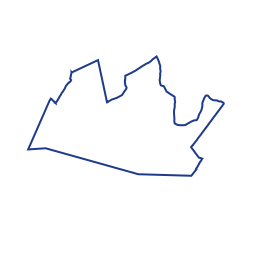 Edam-Volendam, Noord-Holland, Netherlands (Equal Earth projection), rotated 130°
{"feature_id": "6326949B91205406123023", "entity_name": "Edam-Volendam", "entity_type": "district", "adm_level": 2, "iso_a3": "NLD", "parent_name": "Netherlands", "parent_adm1": "Noord-Holland", "projection": "equal_earth", "projection_center": [4.993, 52.549], "detail": "fine", "context": "isolated", "style": "outline", "palette": "blue", "viewbox_px": 256, "rotation_deg": 130, "n_neighbors": 0, "source": "geoboundaries", "source_scale": "gbopen_adm2", "svg_char_len": 5037}
<svg xmlns="http://www.w3.org/2000/svg" viewBox="0 0 256 256"><g transform="rotate(130 128 128)"><path d="M156.8,90.4L123.9,48.8L115.8,49.0L115.8,49.4L115.8,49.5L115.7,49.5L115.0,49.6L114.7,49.7L114.5,49.8L113.8,49.7L113.5,49.7L113.3,49.8L113.1,49.9L113.0,50.0L112.5,50.1L112.0,50.2L111.7,50.2L111.4,50.2L111.0,50.3L110.5,50.4L109.6,50.5L109.4,50.7L109.1,50.7L107.6,51.0L107.4,51.0L107.4,50.9L106.1,51.0L105.4,51.1L104.5,51.3L103.7,51.4L105.1,54.6L104.9,55.3L104.8,55.9L104.7,56.5L104.6,57.0L104.5,57.4L104.2,58.6L103.8,60.6L103.4,61.9L103.3,62.1L103.2,62.2L103.2,62.4L103.3,62.4L102.8,64.6L102.4,66.3L102.1,67.4L100.4,67.4L99.7,67.4L99.5,67.2L99.2,67.2L99.1,67.3L98.9,67.4L97.4,67.4L96.8,67.4L96.6,67.5L95.5,67.5L94.9,67.5L93.6,67.5L92.4,67.6L91.9,67.7L90.2,67.8L87.8,67.9L87.0,67.9L85.7,68.0L84.5,68.1L83.8,68.1L83.0,68.2L82.2,68.2L81.8,68.2L81.0,68.3L80.3,68.3L79.4,68.4L78.4,68.4L78.2,68.4L78.1,68.5L77.9,68.5L77.0,68.5L75.9,68.5L75.6,68.5L75.3,68.6L75.1,68.6L74.8,68.6L74.6,68.6L74.0,68.7L73.5,68.7L72.9,68.8L71.8,68.8L70.9,68.9L70.4,68.9L69.9,68.9L69.3,68.9L68.5,69.0L68.2,69.0L67.4,69.1L67.2,69.1L66.3,69.1L65.8,69.2L65.5,69.2L64.7,69.3L64.4,69.3L64.0,69.3L63.0,69.3L61.6,69.4L60.9,69.4L60.3,69.5L59.8,69.5L59.3,69.6L59.0,69.6L58.6,69.6L57.7,69.6L57.3,69.6L56.9,69.7L56.6,69.7L55.9,69.7L54.7,69.8L54.4,69.8L52.9,69.9L52.6,69.9L51.9,69.9L50.6,70.0L48.7,70.2L47.9,70.2L47.5,70.7L47.4,70.8L47.4,71.4L47.7,73.2L47.8,73.6L47.9,73.8L48.6,74.6L48.8,74.9L48.9,75.1L49.1,75.4L49.6,77.2L49.8,77.6L49.8,77.8L50.3,78.4L51.1,79.5L51.7,80.3L51.9,80.7L52.0,80.9L52.1,81.5L52.2,81.8L52.4,82.9L52.5,83.9L52.3,85.3L52.1,86.0L52.0,86.6L51.9,87.5L52.0,87.8L52.4,88.4L52.5,88.6L52.7,88.8L52.9,89.0L53.0,89.1L53.4,89.2L53.6,89.2L54.4,89.1L56.0,88.8L56.4,88.8L56.9,88.6L57.1,88.5L57.8,88.2L58.0,88.1L60.6,87.3L60.8,87.2L61.3,86.9L61.9,86.5L62.2,86.2L62.3,86.0L62.4,85.8L62.5,85.7L64.4,84.6L64.7,84.4L66.4,83.6L66.8,83.4L67.1,83.3L68.2,82.9L70.1,82.6L70.9,82.5L71.2,82.4L72.0,82.2L73.1,81.8L74.0,81.3L74.3,81.2L75.1,80.9L77.3,80.5L77.5,80.5L77.8,80.5L78.0,80.6L78.4,81.0L79.0,81.6L79.6,82.2L79.9,82.4L80.1,82.5L80.9,82.9L81.6,83.3L82.3,83.6L82.8,83.8L84.1,84.3L85.9,85.0L87.8,85.6L89.0,86.1L89.3,86.3L89.8,86.9L90.3,87.5L91.0,88.2L91.6,88.9L92.2,89.7L92.7,90.4L93.3,91.2L93.6,91.6L93.8,92.0L93.9,92.4L94.0,92.7L94.0,93.0L94.1,93.7L94.2,93.9L94.3,94.2L94.5,95.1L94.4,95.2L94.1,95.6L93.8,95.9L93.6,96.1L93.4,96.6L92.7,97.2L92.1,97.6L91.5,98.0L91.2,98.3L90.9,98.6L90.4,99.1L90.1,99.4L89.3,100.1L89.1,100.3L88.4,101.0L88.1,101.3L87.2,102.2L86.8,102.5L86.2,103.0L85.7,103.5L85.2,103.7L84.2,104.5L83.8,104.7L83.0,105.0L82.7,105.2L81.6,106.0L81.4,106.1L81.1,106.3L80.2,107.2L79.9,107.4L79.4,107.8L79.0,108.0L78.0,108.5L77.8,108.6L77.5,108.8L77.0,109.4L76.8,109.8L76.6,110.1L75.3,111.3L74.4,112.1L74.2,112.4L74.1,112.5L74.3,113.7L75.0,119.0L75.2,121.0L75.3,121.8L75.2,122.2L74.8,122.9L73.2,126.9L73.1,127.2L73.0,127.4L73.0,127.5L73.5,128.5L73.8,129.0L74.1,129.9L74.1,130.1L74.1,130.3L73.7,131.2L73.3,131.9L73.2,132.0L71.2,134.3L70.9,134.5L70.5,134.8L69.3,135.6L69.1,135.7L67.7,136.6L67.2,136.9L65.6,138.4L65.5,138.5L64.1,139.1L63.9,139.3L63.2,139.9L61.9,141.5L61.7,141.7L60.9,142.3L60.5,142.6L60.1,142.8L59.9,143.0L59.5,143.5L58.3,145.6L57.6,146.4L57.2,147.1L56.7,148.2L56.3,148.9L55.9,149.8L55.4,150.7L55.0,151.9L54.9,152.1L58.3,152.9L59.4,153.2L60.4,153.3L61.6,153.4L62.2,153.4L62.7,153.6L63.1,153.7L65.2,154.3L65.5,154.4L65.9,154.7L66.5,155.1L67.4,155.5L67.9,155.6L68.9,155.9L71.5,156.9L74.8,157.8L76.5,158.3L79.4,159.2L80.7,159.7L83.4,160.8L83.5,160.8L85.4,161.7L87.5,162.6L89.7,163.7L91.7,162.0L92.4,161.5L92.7,161.3L93.1,161.0L93.4,160.8L93.5,160.9L93.8,160.6L94.3,160.3L95.0,159.7L95.5,159.3L95.7,159.2L95.9,159.0L96.2,158.3L96.7,157.7L96.9,157.6L97.1,157.3L97.2,157.0L97.6,155.8L97.8,155.3L98.1,155.0L98.3,154.8L98.6,154.7L98.9,154.6L99.2,154.5L103.0,154.2L105.1,153.9L106.1,153.8L106.4,153.8L106.7,153.8L106.9,153.9L107.2,154.0L107.8,154.2L110.0,155.1L110.8,155.4L111.1,155.5L112.3,156.1L113.6,156.8L115.2,157.8L115.9,158.3L116.4,158.6L116.7,158.7L117.1,158.9L119.2,159.6L121.6,160.4L121.1,161.0L121.4,161.1L95.3,194.6L106.0,199.6L107.7,200.4L121.2,206.6L121.7,206.8L121.6,207.2L122.4,206.5L123.0,206.3L123.7,205.9L125.4,205.0L125.7,204.9L126.3,204.5L126.9,204.1L127.0,204.1L127.4,204.1L127.5,203.9L127.8,202.4L128.7,202.1L130.7,202.2L130.9,202.5L131.2,202.5L131.3,202.5L132.0,202.6L132.5,202.6L133.5,202.6L134.6,202.6L135.3,202.6L136.7,202.3L139.2,201.6L139.3,201.6L139.7,201.7L140.1,201.6L141.1,201.4L142.2,201.3L143.3,201.3L143.8,201.2L145.8,200.8L147.7,200.6L148.9,200.4L149.9,200.1L150.7,200.0L152.6,199.7L153.9,199.5L155.0,199.6L155.4,199.4L155.5,199.3L155.5,199.5L155.6,200.0L155.4,200.0L155.4,200.3L155.4,200.6L155.4,200.9L155.3,201.0L155.4,201.3L155.3,201.5L155.2,201.5L155.2,202.1L155.2,202.8L155.2,203.0L155.2,203.3L155.1,203.5L155.1,203.8L155.1,204.1L155.1,204.3L155.1,205.0L155.1,205.3L155.0,205.5L155.1,205.8L155.1,206.0L157.4,205.7L208.6,190.7L196.5,178.1L176.1,133.1L156.8,90.4Z" fill="none" stroke="#1e3a8a" stroke-width="2"/></g></svg>